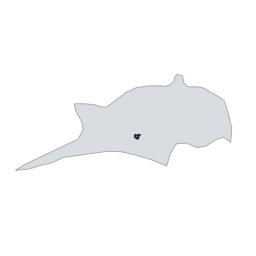 location of Agios Dometios, Cyprus, rotated 190°
{"feature_id": "46923920B17515684625849", "entity_name": "Agios Dometios", "entity_type": "district", "adm_level": 2, "iso_a3": "CYP", "parent_name": "Cyprus", "parent_adm1": "", "projection": "mercator", "projection_center": [33.316, 35.179], "detail": "fine", "context": "in_parent", "style": "filled", "palette": "slate", "viewbox_px": 256, "rotation_deg": 190, "n_neighbors": 0, "source": "geoboundaries", "source_scale": "gbopen_adm2", "svg_char_len": 1258}
<svg xmlns="http://www.w3.org/2000/svg" viewBox="0 0 256 256"><g transform="rotate(190 128 128)"><path d="M182.7,136.1L185.1,142.5L174.7,144.4L164.2,145.0L158.4,144.2L152.9,144.6L135.9,162.9L126.8,169.1L115.9,172.8L104.8,175.0L99.3,175.3L94.4,177.6L90.9,181.8L90.8,185.9L89.4,189.3L83.3,188.6L80.8,182.0L76.4,179.1L65.7,180.6L60.4,180.4L43.2,174.1L38.0,171.5L34.8,166.1L25.9,146.4L24.4,131.9L32.7,135.6L40.4,131.1L47.9,123.7L56.7,120.7L62.3,122.0L67.7,123.3L77.6,120.9L81.9,110.0L83.3,97.3L100.0,100.9L116.9,102.8L130.8,103.5L144.5,101.4L186.3,87.9L198.2,79.8L205.5,77.1L218.3,70.4L231.6,66.7L223.0,74.4L175.2,108.4L172.0,118.5L174.2,125.4L180.9,133.9L182.7,136.1Z" fill="#d9dde1" stroke="#a8b0b8" stroke-width="1"/><path d="M116.0,119.6L116.6,119.9L116.9,120.2L116.5,120.4L116.3,120.7L115.9,121.2L116.2,121.4L116.7,122.0L116.4,122.2L116.2,122.3L116.5,122.4L116.1,122.9L115.6,123.1L115.3,123.3L116.0,123.4L116.6,123.1L117.4,122.8L118.1,122.5L118.7,122.4L119.4,122.6L120.1,122.4L120.1,122.1L119.9,121.6L119.7,121.3L119.8,120.7L119.9,120.4L119.5,120.3L119.3,120.3L119.0,120.0L119.0,119.8L118.8,119.6L118.7,119.6L118.3,119.5L118.1,119.3L117.2,119.3L117.2,118.9L116.9,118.9L116.4,119.0L116.0,119.6Z" fill="#64748b" stroke="#1e293b" stroke-width="1.5"/></g></svg>